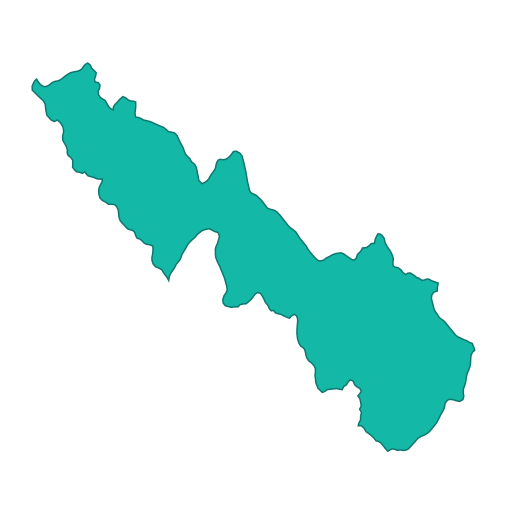 the district of Chapada do Norte, Minas Gerais, Brazil, rotated 176°
{"feature_id": "56859067B97851248273479", "entity_name": "Chapada do Norte", "entity_type": "district", "adm_level": 2, "iso_a3": "BRA", "parent_name": "Brazil", "parent_adm1": "Minas Gerais", "projection": "equal_earth", "projection_center": [-42.387, -17.157], "detail": "fine", "context": "isolated", "style": "filled", "palette": "teal", "viewbox_px": 512, "rotation_deg": 176, "n_neighbors": 0, "source": "geoboundaries", "source_scale": "gbopen_adm2", "svg_char_len": 5966}
<svg xmlns="http://www.w3.org/2000/svg" viewBox="0 0 512 512"><g transform="rotate(176 256 256)"><path d="M138.1,52.0L135.4,53.5L133.1,54.1L130.8,53.4L128.6,52.3L125.4,52.5L123.1,51.8L120.7,51.8L118.0,52.5L115.4,54.8L113.4,56.8L111.2,58.8L109.2,60.9L107.0,62.9L103.7,64.7L100.5,65.6L97.7,67.0L95.0,69.0L92.7,71.3L90.5,73.7L87.9,76.5L86.2,79.1L84.7,81.5L82.8,84.8L80.3,88.4L78.5,91.8L77.9,95.1L76.2,97.8L73.7,99.5L69.7,99.0L66.4,97.7L63.0,96.7L59.6,98.3L58.5,101.6L58.8,104.9L58.4,108.8L57.1,111.8L55.8,115.0L55.0,118.6L54.3,121.7L53.3,124.5L51.9,127.1L50.3,130.8L49.6,133.4L49.1,137.5L48.5,141.7L46.8,144.9L44.4,146.7L45.1,149.8L46.4,153.7L49.2,155.0L51.8,156.9L54.5,158.0L57.9,160.0L60.3,161.3L62.2,162.9L63.7,164.9L65.6,167.8L68.0,171.0L69.4,173.1L71.3,175.8L73.7,178.7L75.8,180.3L77.6,182.1L79.3,185.3L81.4,188.7L82.3,191.7L82.9,195.4L83.5,198.2L83.9,200.9L83.6,204.4L81.3,207.4L77.6,208.5L77.2,212.3L76.1,216.2L79.0,217.6L81.4,218.5L83.5,219.7L85.5,221.0L87.7,221.0L90.0,220.2L92.3,220.2L94.6,222.2L97.2,223.3L99.0,225.1L101.2,226.8L103.3,228.3L105.6,228.3L108.0,227.1L110.3,228.9L112.4,232.1L115.0,234.4L118.1,235.2L119.9,236.6L119.9,239.7L119.2,243.7L120.0,247.5L121.8,251.8L124.4,256.0L126.3,260.3L126.9,264.6L128.7,267.6L130.7,269.2L132.8,269.6L134.2,267.5L135.9,264.3L136.9,260.5L140.2,260.3L142.8,258.1L145.4,256.6L149.1,256.6L151.2,253.4L154.7,250.4L156.2,246.7L158.1,245.2L160.4,245.5L162.9,247.5L165.0,249.2L166.8,250.7L168.6,252.2L170.9,253.2L173.6,253.1L176.6,252.8L179.9,251.8L182.7,250.4L186.2,249.0L188.7,247.2L191.7,246.6L193.8,246.7L196.2,248.9L198.2,251.3L200.0,253.6L202.1,256.7L204.0,259.6L205.3,262.6L206.9,264.8L208.9,267.6L211.1,270.7L212.9,274.0L214.6,277.2L217.3,279.8L220.1,282.1L222.1,284.5L224.1,287.5L226.6,291.2L228.9,294.6L231.7,298.1L234.1,300.1L236.9,301.1L239.5,302.0L241.4,303.1L242.9,305.4L244.9,308.6L247.0,311.6L249.1,313.9L251.5,316.4L254.0,317.9L256.6,319.4L257.9,321.7L258.3,324.6L258.7,327.4L259.3,330.7L259.7,334.8L260.1,339.7L260.9,345.0L261.5,349.1L262.2,352.9L262.9,356.7L264.8,359.6L268.3,361.9L271.2,361.8L273.8,358.7L276.4,356.2L279.4,354.6L282.4,354.3L284.7,355.0L286.9,354.4L288.7,352.0L289.7,348.9L290.5,345.9L292.6,343.2L295.4,339.9L297.8,336.2L299.8,334.3L301.7,333.1L304.7,331.9L307.8,335.3L308.1,339.2L308.6,342.1L308.9,345.3L309.4,348.7L311.0,352.0L313.7,354.3L315.3,358.0L317.5,360.1L319.5,363.2L320.4,366.3L321.4,369.7L323.3,373.8L325.0,377.9L326.3,381.6L328.5,384.3L330.8,385.2L334.5,386.1L337.2,388.9L339.3,390.8L341.8,391.9L343.8,393.0L346.7,394.5L350.2,396.5L352.9,397.7L355.6,398.6L358.7,399.5L361.1,401.2L363.6,402.4L366.4,402.9L366.8,407.0L366.0,410.5L365.5,414.0L365.3,418.0L367.6,419.0L370.2,419.3L372.7,420.7L374.6,422.6L377.7,424.3L381.2,421.6L383.7,419.0L386.0,417.1L387.8,414.8L388.3,411.7L390.8,413.1L392.8,415.7L394.3,418.9L395.6,421.7L398.0,423.3L400.3,425.1L401.8,428.0L401.9,431.5L400.4,434.1L399.7,437.5L401.3,440.0L404.4,440.8L404.8,443.7L403.4,446.8L402.6,449.9L404.7,452.5L406.9,454.9L408.0,458.1L410.4,460.2L413.1,458.9L415.1,456.8L416.6,454.8L418.9,453.5L421.0,452.8L424.7,452.4L428.3,451.8L430.9,450.5L433.2,449.2L435.1,447.9L437.6,446.1L440.8,444.6L443.9,444.3L446.2,443.7L448.2,442.6L450.2,441.1L452.6,440.0L455.0,439.6L457.1,440.5L459.2,442.2L461.0,444.8L462.6,447.8L464.5,446.1L466.0,443.9L467.5,440.8L467.6,437.0L465.4,434.6L462.8,431.5L460.0,428.5L457.3,425.7L455.7,422.2L455.6,418.9L455.3,414.7L454.8,411.1L453.0,408.7L450.9,406.0L447.9,404.2L444.9,405.5L442.3,403.2L440.7,400.6L439.4,397.6L439.2,393.4L440.7,388.3L440.6,384.8L439.4,382.2L437.7,378.9L436.8,375.2L437.2,372.1L436.4,369.4L434.0,367.3L432.2,364.5L432.3,361.0L432.8,357.5L431.2,354.8L429.3,352.6L426.5,352.0L423.5,350.6L421.0,351.9L419.4,349.4L417.8,347.6L415.2,346.7L412.0,345.5L409.5,344.2L407.2,343.6L404.0,343.5L404.4,340.7L406.0,338.3L407.6,335.4L408.4,332.4L408.4,328.6L407.6,324.8L405.2,322.0L402.4,320.4L399.5,317.9L395.2,317.6L393.0,316.8L391.4,314.7L390.2,311.5L390.1,307.7L389.9,303.9L389.0,300.7L387.2,298.1L385.4,296.1L383.9,294.0L382.3,292.1L379.6,290.9L377.1,290.1L375.4,288.1L374.5,284.5L373.2,281.9L370.8,281.2L368.7,279.2L367.0,277.0L364.6,275.4L361.1,274.6L358.2,273.1L358.3,269.3L359.0,265.1L360.0,261.5L360.0,258.5L359.2,255.3L356.9,252.2L353.7,250.7L351.0,248.9L349.2,245.3L346.5,241.3L344.8,237.7L344.0,241.4L342.6,244.1L340.5,246.9L338.3,249.6L335.9,253.6L332.8,256.7L331.0,259.5L329.9,262.4L327.7,265.6L325.8,268.2L323.7,271.7L321.3,274.3L318.5,276.7L315.7,278.7L313.7,281.0L311.0,283.1L308.0,285.0L304.7,286.0L301.0,286.5L298.6,285.2L295.5,283.3L292.2,282.1L291.1,278.1L292.3,274.6L293.7,271.0L295.2,268.2L296.1,265.6L296.3,260.8L296.3,257.7L295.3,254.3L294.4,251.7L293.1,248.6L291.8,244.8L290.1,239.7L288.8,235.5L288.1,231.7L287.4,228.3L287.0,224.4L288.7,221.0L290.7,218.5L292.1,215.0L292.1,211.5L290.1,208.5L286.9,207.4L284.2,206.5L280.9,206.8L277.5,206.5L275.3,208.6L271.5,209.1L269.1,209.1L266.7,210.8L264.1,212.8L262.0,215.2L259.5,218.1L257.1,219.4L254.1,218.4L252.2,215.0L250.8,211.6L249.7,208.8L247.6,206.0L246.3,202.3L244.6,200.2L242.3,200.5L240.5,197.8L237.6,196.7L235.1,196.0L232.6,194.4L229.7,192.9L226.9,191.6L224.8,193.7L221.7,195.2L219.8,193.5L218.9,190.8L219.0,187.8L219.6,184.2L220.2,180.3L220.6,175.5L220.3,170.2L219.2,166.0L217.6,162.9L215.7,161.5L214.1,159.6L213.4,156.5L213.1,153.4L212.4,150.8L210.8,147.8L209.0,146.4L207.1,144.3L205.5,142.0L204.6,139.3L204.9,135.9L205.5,132.8L205.2,129.3L205.2,125.8L204.4,123.1L203.5,119.9L201.4,117.6L199.5,115.3L196.8,116.1L194.0,117.8L191.1,117.9L187.8,118.1L184.6,118.1L182.1,117.3L179.4,116.6L177.5,119.8L175.0,121.0L173.0,123.7L170.7,125.9L167.9,124.5L166.3,120.4L164.4,118.4L161.6,116.6L160.4,113.6L162.0,111.5L164.1,109.4L162.4,106.5L161.8,102.7L161.5,99.0L163.3,95.9L161.7,92.6L162.8,89.0L163.1,85.3L165.0,82.1L165.9,79.5L162.8,79.4L160.3,76.8L158.5,73.1L156.1,71.2L153.3,68.7L150.8,65.9L149.2,63.3L146.6,62.4L144.3,60.6L142.1,57.6L140.4,55.0L138.1,52.0Z" fill="#14b8a6" stroke="#0f766e" stroke-width="1.5"/></g></svg>